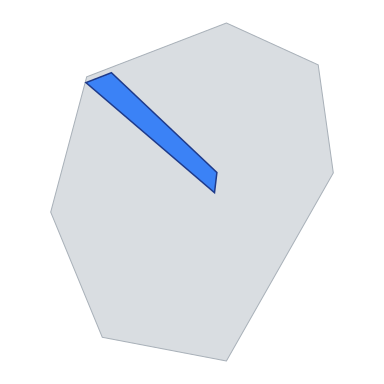 Uaboe on a map of Nauru (Mercator projection)
{"feature_id": "NRU-4975", "entity_name": "Uaboe", "entity_type": "state/province", "adm_level": 1, "iso_a3": "NRU", "parent_name": "Nauru", "parent_adm1": "", "projection": "mercator", "projection_center": [166.924, -0.509], "detail": "fine", "context": "in_parent", "style": "filled", "palette": "blue", "viewbox_px": 384, "rotation_deg": 0, "n_neighbors": 0, "source": "natural_earth", "source_scale": "10m", "svg_char_len": 340}
<svg xmlns="http://www.w3.org/2000/svg" viewBox="0 0 384 384"><path d="M333.3,172.9L226.4,361.0L102.3,337.3L50.7,212.1L86.7,76.8L226.4,23.0L318.2,64.9L333.3,172.9Z" fill="#d9dde1" stroke="#a8b0b8" stroke-width="1"/><path d="M85.9,82.6L111.4,72.7L216.9,172.5L214.5,192.7L85.9,82.6Z" fill="#3b82f6" stroke="#1e3a8a" stroke-width="1.5"/></svg>